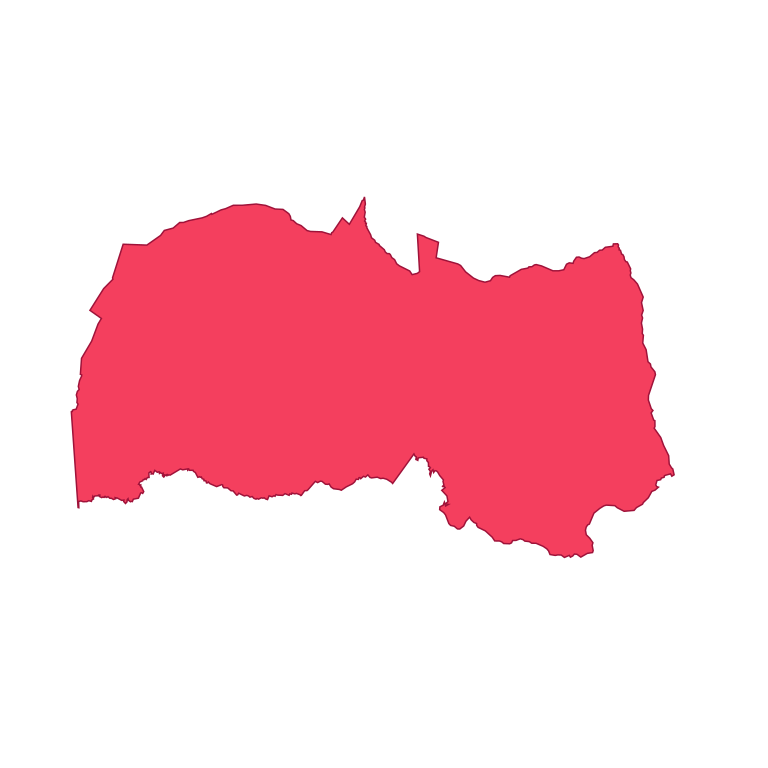 the district of Sacaseni, Satu Mare, Romania, rotated 283°
{"feature_id": "2599482B48586457316120", "entity_name": "Sacaseni", "entity_type": "district", "adm_level": 2, "iso_a3": "ROU", "parent_name": "Romania", "parent_adm1": "Satu Mare", "projection": "equal_earth", "projection_center": [22.68, 47.446], "detail": "fine", "context": "isolated", "style": "filled", "palette": "rose", "viewbox_px": 768, "rotation_deg": 283, "n_neighbors": 0, "source": "geoboundaries", "source_scale": "gbopen_adm2", "svg_char_len": 6146}
<svg xmlns="http://www.w3.org/2000/svg" viewBox="0 0 768 768"><g transform="rotate(283 384 384)"><path d="M562.8,563.9L560.2,562.1L559.3,559.5L554.3,555.8L551.2,550.8L551.0,548.3L551.6,545.5L550.8,543.0L546.3,541.2L544.1,541.1L543.7,537.2L541.8,534.9L535.8,533.5L533.6,528.8L532.3,523.1L534.5,510.9L534.6,505.4L533.8,503.7L531.6,501.8L530.7,498.8L529.3,498.1L526.6,492.0L517.8,482.5L516.3,482.3L515.9,472.7L514.6,468.1L512.3,465.9L508.6,464.5L505.9,459.5L506.1,453.0L507.3,447.4L511.6,438.3L516.7,432.0L517.6,428.9L518.7,406.4L534.3,405.2L536.2,391.9L537.0,389.7L537.6,382.8L501.5,393.4L499.3,391.6L496.9,386.8L499.9,383.6L502.6,372.4L504.0,369.3L507.6,366.3L508.9,363.2L511.6,361.0L512.2,359.8L511.8,357.6L513.0,355.5L514.9,354.1L517.9,348.4L518.9,347.8L520.1,343.9L522.0,342.6L523.7,338.9L526.4,337.4L532.3,332.2L533.7,331.8L534.1,330.7L536.5,330.7L536.4,329.9L537.7,329.6L538.4,328.4L540.5,329.0L542.1,327.3L547.2,327.0L549.6,325.6L551.3,325.8L551.9,325.2L555.1,325.4L561.9,322.9L558.6,322.6L557.8,321.5L551.4,320.5L531.8,314.3L536.5,306.1L520.6,300.0L519.6,299.0L517.7,298.8L518.3,289.4L516.1,278.0L516.2,274.5L519.7,267.6L520.5,262.9L522.8,258.8L522.9,256.5L526.3,255.0L528.5,253.0L531.4,246.3L530.0,238.6L531.4,228.5L530.6,219.0L526.3,205.8L524.2,196.9L519.2,190.2L517.0,186.1L510.6,178.1L511.3,177.5L507.5,173.4L505.0,169.5L499.2,156.9L496.3,152.3L495.4,148.6L488.5,143.5L484.2,135.4L478.5,132.9L466.0,121.7L461.5,98.4L426.3,95.6L425.1,96.3L413.9,89.4L389.6,80.9L384.3,93.9L378.1,91.9L360.0,89.5L341.0,83.5L325.1,86.0L325.0,87.3L323.8,87.6L318.9,86.6L312.9,86.7L310.1,88.2L307.8,86.9L304.1,86.7L300.8,88.4L296.8,89.0L295.6,90.4L290.2,89.7L289.0,87.0L288.2,86.3L287.1,86.5L286.6,85.6L194.8,113.7L194.8,114.5L200.8,112.9L201.9,115.0L201.6,117.2L202.5,120.9L203.9,122.6L203.8,125.3L205.0,125.3L206.7,126.8L207.7,125.6L209.2,125.6L208.3,126.6L209.9,127.5L210.6,130.0L211.8,131.3L211.8,132.2L210.4,131.9L209.8,134.5L210.6,135.5L210.5,136.6L211.4,137.0L211.0,137.6L211.7,137.9L211.1,139.4L212.2,140.4L211.0,142.5L211.3,144.2L210.6,146.4L211.9,148.4L212.8,147.7L212.9,149.7L211.6,154.6L212.4,156.7L210.9,156.8L209.4,159.0L211.3,160.1L213.5,159.8L214.7,160.4L213.2,161.2L212.2,163.4L212.8,164.1L212.8,165.2L215.4,165.7L217.5,170.4L223.0,171.4L223.5,172.1L223.1,173.5L225.1,174.1L229.0,171.0L228.9,170.2L230.9,169.7L230.3,168.9L231.1,168.5L231.1,167.4L233.5,168.1L235.5,170.7L236.7,170.9L237.0,172.0L238.1,172.5L237.5,173.7L239.6,174.5L240.1,176.1L244.4,174.9L246.1,176.2L245.8,177.0L243.9,177.4L244.5,178.4L244.3,179.3L248.3,180.1L247.0,182.9L247.9,184.6L246.4,185.3L247.4,186.0L246.7,187.3L247.4,188.9L244.8,188.8L243.8,190.3L244.4,190.8L246.1,190.3L245.8,191.6L246.4,192.1L245.8,193.0L247.0,193.2L246.5,194.2L247.1,194.8L247.1,196.1L255.4,204.7L255.1,207.2L257.1,211.8L256.0,212.1L257.2,212.9L256.1,213.7L257.0,217.4L256.1,217.9L255.3,220.1L251.2,223.6L252.2,225.3L251.8,225.9L252.3,227.0L250.8,228.1L250.6,230.0L249.3,230.3L249.5,232.3L247.7,233.3L248.0,234.3L249.0,234.8L247.7,236.9L246.4,244.0L249.5,248.6L249.3,249.5L247.9,250.0L246.9,251.3L247.6,255.0L245.6,258.9L245.9,261.0L242.6,265.4L243.0,266.3L244.9,267.0L243.5,273.1L244.6,275.3L244.5,277.1L243.6,278.8L244.7,280.9L243.3,283.0L243.0,285.2L243.9,286.0L243.6,287.7L245.5,290.0L245.5,291.8L246.2,292.8L245.4,294.4L245.2,296.5L249.2,297.2L248.9,300.3L250.4,301.9L250.1,303.1L252.0,303.7L251.8,305.3L252.7,310.4L254.9,312.2L254.2,316.6L255.7,316.9L255.8,318.7L257.0,318.8L256.9,321.9L257.7,323.3L257.2,327.2L256.6,327.9L256.9,328.5L262.2,330.7L262.8,332.9L263.8,333.7L273.7,339.0L273.0,341.5L275.0,343.8L275.2,345.5L273.2,349.4L273.6,351.9L274.3,353.0L271.7,355.6L270.6,358.4L271.2,364.2L270.9,366.3L275.3,370.4L279.7,375.8L282.0,377.4L285.0,378.3L285.3,380.6L287.1,380.7L287.4,381.5L286.5,382.6L289.4,384.7L289.2,386.9L291.8,388.7L289.8,391.4L289.7,393.0L291.7,398.4L291.1,402.0L292.0,404.3L291.8,408.2L290.0,413.4L289.0,414.8L322.6,428.9L320.8,430.4L320.3,431.8L317.0,432.1L318.6,432.5L317.5,432.9L317.2,434.1L319.6,434.0L320.2,435.1L321.5,438.9L320.6,439.7L320.7,442.6L318.9,443.0L317.5,444.9L313.7,445.9L313.7,446.9L312.8,448.0L311.1,446.9L309.2,448.9L306.7,448.7L305.0,449.9L309.7,450.0L311.4,451.0L309.0,452.3L311.0,453.1L311.1,454.7L310.3,456.1L307.3,458.9L303.9,463.5L302.4,463.4L299.0,465.1L297.5,464.1L297.2,464.7L298.0,465.4L296.8,466.9L293.4,464.2L289.1,470.5L283.8,472.8L281.6,471.2L281.0,472.2L281.2,473.9L279.0,471.5L282.5,469.4L279.2,468.9L276.9,466.1L274.1,466.5L272.2,471.0L270.3,473.4L262.6,478.6L261.2,480.7L261.2,484.5L259.3,488.2L259.8,490.5L263.6,493.6L268.7,494.7L273.5,497.4L271.2,499.5L269.3,502.8L268.9,505.6L267.1,506.1L265.5,507.9L263.7,515.7L259.1,523.9L256.0,527.2L257.0,531.8L256.7,534.1L255.5,536.5L256.6,542.4L257.9,544.0L260.4,544.5L261.3,547.8L263.8,551.6L263.6,554.6L262.6,556.5L263.1,561.1L262.1,563.7L263.0,568.0L261.7,575.3L260.1,579.6L258.4,581.9L255.2,584.1L255.5,589.4L256.6,591.8L257.2,595.2L255.6,598.8L258.7,603.1L257.2,604.6L258.9,606.6L261.1,607.7L261.5,610.3L259.6,614.7L264.7,620.2L266.7,625.1L268.7,625.3L273.7,623.1L276.3,623.3L280.0,619.2L282.6,615.0L286.8,613.2L290.0,613.2L292.5,614.1L293.7,615.6L305.4,617.6L311.4,622.3L314.7,625.6L316.0,627.9L317.4,636.3L315.9,639.2L314.0,646.6L317.1,656.1L320.4,657.8L325.0,662.9L326.9,663.4L332.6,667.1L339.6,669.1L341.6,672.0L345.2,674.6L345.4,672.8L346.8,671.5L351.4,671.7L353.0,675.1L354.7,675.4L356.1,677.9L357.7,677.9L358.4,678.8L360.9,683.4L358.9,685.2L360.8,687.1L366.2,684.5L367.0,683.0L370.2,679.9L378.2,677.5L387.0,670.3L394.1,665.7L401.7,657.2L403.5,657.6L409.2,656.2L409.5,654.9L415.9,650.8L418.7,652.0L420.0,650.0L427.8,645.2L432.4,644.3L454.1,646.4L456.8,645.2L460.7,640.3L463.4,639.1L465.1,636.2L476.4,631.7L482.1,626.9L489.8,625.8L491.2,624.3L495.6,623.6L501.3,621.1L506.5,621.1L509.1,619.5L513.9,620.0L521.2,616.6L527.0,617.0L538.4,608.5L541.7,604.0L543.2,600.7L545.6,599.4L547.7,599.6L549.8,598.5L551.7,598.4L557.6,593.6L557.6,592.2L559.3,590.3L562.0,589.2L563.8,587.6L564.0,586.3L567.5,584.3L567.6,582.9L569.2,582.7L570.3,581.3L572.2,581.2L573.2,580.1L572.1,576.0L569.7,576.0L567.0,568.9L563.6,566.5L562.8,563.9Z" fill="#f43f5e" stroke="#9f1239" stroke-width="1.5"/></g></svg>